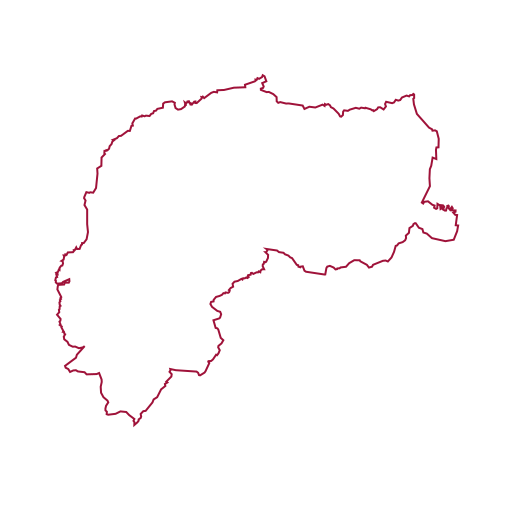 Way Kanan, Lampung, Indonesia (orthographic projection), rotated 11°
{"feature_id": "22746128B8708218473228", "entity_name": "Way Kanan", "entity_type": "district", "adm_level": 2, "iso_a3": "IDN", "parent_name": "Indonesia", "parent_adm1": "Lampung", "projection": "orthographic", "projection_center": [104.536, -4.573], "detail": "fine", "context": "isolated", "style": "outline", "palette": "rose", "viewbox_px": 512, "rotation_deg": 11, "n_neighbors": 0, "source": "geoboundaries", "source_scale": "gbopen_adm2", "svg_char_len": 5973}
<svg xmlns="http://www.w3.org/2000/svg" viewBox="0 0 512 512"><g transform="rotate(11 256 256)"><path d="M168.8,445.1L171.3,441.9L172.2,440.1L172.0,438.8L173.7,437.0L173.9,435.4L172.9,433.1L175.0,429.8L177.2,429.1L182.3,419.5L182.9,416.3L185.9,413.5L188.3,405.0L191.8,400.9L191.0,399.0L193.1,397.1L191.9,396.5L195.9,390.5L195.8,388.1L193.2,386.2L193.9,384.3L193.4,383.3L199.1,383.4L219.7,380.8L221.5,381.7L222.8,383.8L223.9,383.8L227.7,380.3L228.4,378.8L230.6,370.0L229.3,368.9L229.4,368.3L232.0,367.6L233.5,365.7L235.7,360.5L236.7,360.8L237.7,358.8L238.4,355.4L236.3,352.9L236.3,351.4L238.8,348.4L240.0,344.9L237.0,343.1L233.0,335.4L231.9,334.4L230.1,334.3L226.5,327.2L231.8,324.3L232.5,323.3L232.9,319.8L231.5,317.6L228.5,317.3L222.5,314.3L220.4,311.8L220.7,309.6L223.0,308.7L222.8,307.1L224.6,303.8L227.8,302.2L230.0,300.6L231.1,298.7L232.7,298.6L233.0,297.6L235.6,297.5L236.5,296.7L236.8,295.1L235.9,294.6L237.2,292.3L239.4,290.5L238.3,287.7L239.8,285.3L242.9,284.0L246.1,281.2L247.2,281.7L247.6,280.3L249.2,280.1L250.3,279.1L251.8,279.3L252.8,278.1L251.7,277.5L251.9,276.3L254.3,275.4L254.3,273.7L255.2,273.3L256.8,274.1L259.7,271.9L261.1,271.7L261.6,270.6L263.3,271.1L263.3,269.4L264.5,267.9L266.5,267.5L264.5,264.7L264.3,263.0L265.1,262.2L265.1,260.2L266.5,260.3L267.1,259.6L268.1,255.7L267.7,252.6L264.6,250.5L265.2,250.4L266.3,247.8L264.9,247.1L275.6,246.6L277.8,247.8L282.4,247.6L284.1,248.8L287.7,249.4L289.8,250.8L291.8,251.2L297.7,256.9L299.2,257.0L299.7,258.4L301.6,258.6L301.7,258.0L303.9,257.2L306.4,261.2L308.1,261.9L326.9,261.1L327.5,260.9L327.4,254.4L328.0,252.8L330.4,251.6L334.4,252.5L336.6,254.0L338.1,253.4L338.2,252.7L340.4,252.1L341.2,251.1L346.4,249.4L348.8,245.3L353.2,241.4L358.6,240.4L359.4,241.3L366.5,243.5L369.1,245.8L371.9,244.4L372.6,242.3L381.5,236.5L384.1,235.7L386.5,236.2L389.3,231.6L390.7,225.6L391.2,219.4L392.5,218.7L393.6,216.4L397.3,214.4L399.4,212.1L399.9,209.8L399.2,207.4L401.7,204.1L401.3,199.3L404.2,196.5L404.5,194.6L405.8,193.4L406.6,193.4L410.5,197.2L414.2,197.8L415.8,201.0L419.4,201.4L425.3,204.9L439.1,205.3L447.0,202.3L448.7,193.3L448.6,187.5L446.2,187.7L445.6,177.4L443.8,177.6L441.4,175.8L443.4,174.5L443.2,173.2L439.2,173.9L440.0,171.6L438.9,170.4L437.4,173.4L435.9,172.2L435.8,170.3L435.2,169.8L434.2,170.4L434.6,171.9L433.9,172.8L433.9,175.1L432.9,175.4L430.8,174.7L431.3,171.7L429.9,170.6L427.9,170.8L429.7,173.4L428.2,174.7L427.2,171.4L424.2,170.2L424.8,174.6L423.8,175.4L421.6,174.6L421.7,172.4L419.4,172.1L414.4,169.5L410.8,170.7L410.1,172.6L408.6,171.9L413.4,154.3L411.4,146.6L410.1,137.6L410.8,134.0L410.6,125.7L414.5,126.4L412.4,117.4L412.4,115.0L414.4,114.5L413.0,106.1L409.7,99.1L407.8,98.5L405.3,99.3L404.6,98.0L401.4,97.0L386.8,85.8L382.1,77.0L380.4,71.7L381.1,70.7L380.4,67.3L379.5,66.9L378.7,68.2L376.6,68.7L375.9,70.1L373.2,69.8L369.0,72.6L367.8,75.4L366.0,76.3L363.4,76.0L362.2,78.9L360.5,80.0L354.3,79.8L353.7,82.2L355.0,84.4L353.3,87.8L349.5,86.3L347.6,86.8L346.8,88.8L344.0,91.3L343.0,90.5L342.4,90.9L340.6,90.1L335.1,89.6L334.8,90.2L330.9,90.3L329.3,91.7L325.7,91.5L320.2,94.4L318.5,96.0L314.7,96.2L314.0,97.7L314.4,101.1L313.0,103.0L311.9,102.9L310.0,100.6L303.9,96.4L301.1,95.6L299.9,94.0L297.9,93.1L296.0,94.2L294.7,93.7L294.7,95.6L292.5,94.7L285.9,98.9L279.9,99.3L275.5,102.4L273.1,99.4L259.1,100.0L256.4,100.6L250.4,100.3L248.6,101.4L246.8,100.2L245.9,96.1L242.1,93.8L237.3,92.5L235.2,93.1L229.1,92.0L228.8,90.8L230.9,89.6L231.2,88.1L229.1,85.1L232.8,82.5L230.1,78.0L228.1,77.3L227.8,79.2L225.2,81.5L223.5,81.1L223.2,82.7L221.9,82.9L222.4,83.7L221.5,84.8L212.5,90.0L213.3,92.4L202.2,95.0L193.0,99.1L186.4,100.7L186.6,102.8L183.3,102.9L180.9,104.4L175.0,110.9L173.5,109.8L173.3,110.4L172.2,110.4L172.7,111.2L172.4,112.1L168.6,117.2L167.3,117.4L167.0,115.9L165.9,116.3L164.2,119.5L163.6,118.9L162.7,119.7L162.2,119.0L162.9,118.5L161.5,118.2L160.2,116.2L160.4,116.8L159.3,117.4L159.7,118.2L158.2,118.8L158.2,119.6L156.9,118.9L158.1,121.3L157.5,121.5L157.6,122.8L154.4,126.1L151.5,127.2L148.8,126.1L147.1,122.8L147.1,121.1L144.1,120.2L137.3,122.5L135.8,124.1L136.3,128.2L131.1,130.4L130.1,132.4L128.2,133.2L127.8,135.5L126.0,136.5L124.8,138.9L121.2,139.2L120.0,140.1L117.4,139.8L117.2,140.9L115.7,141.0L112.1,144.0L111.1,144.1L109.3,149.4L110.2,151.5L108.9,152.0L108.3,157.3L106.3,157.6L100.6,163.8L98.5,164.4L97.0,166.9L93.5,169.2L94.5,169.5L93.2,171.0L92.8,173.8L91.4,176.1L91.3,178.7L89.9,180.7L88.9,180.6L88.8,181.3L87.2,181.7L87.5,184.1L88.3,184.7L85.6,188.8L87.0,197.0L83.4,200.4L84.7,205.4L86.0,219.8L84.1,224.9L81.1,225.1L80.3,225.8L77.3,225.7L76.2,230.8L76.2,232.0L78.1,234.1L77.9,238.7L81.4,242.6L84.2,257.0L86.5,264.6L86.5,271.9L84.4,276.2L82.8,276.5L83.0,277.9L82.2,278.7L81.5,282.7L79.0,283.3L77.9,281.8L77.0,284.8L76.0,285.0L76.3,285.9L75.6,287.2L70.6,288.4L69.8,291.0L68.6,290.8L68.7,291.8L67.1,292.1L67.8,293.1L67.8,296.2L66.1,297.9L67.2,298.0L68.0,300.2L67.7,302.3L66.7,302.7L65.5,304.9L65.8,307.3L65.0,307.1L64.6,309.5L63.3,310.4L64.4,310.9L64.8,312.0L63.5,312.2L64.8,314.6L63.7,315.3L63.6,318.1L64.3,318.5L64.5,320.1L66.1,321.1L70.6,319.8L71.6,318.2L77.1,314.4L77.7,316.4L77.3,317.9L73.4,318.7L73.1,320.6L67.4,322.1L67.2,323.5L67.4,326.7L72.7,333.5L72.0,334.7L72.8,335.4L71.9,336.7L72.6,337.8L71.9,339.0L72.5,341.0L73.6,342.2L72.9,342.8L73.3,345.7L72.8,346.4L73.6,348.7L71.9,351.6L76.2,355.1L76.3,356.9L75.6,357.9L77.2,360.6L76.6,361.2L78.8,362.3L78.6,363.2L81.3,366.5L81.0,367.3L82.1,367.3L82.8,369.0L83.6,369.3L82.7,371.9L83.7,374.4L87.3,376.2L89.3,378.9L93.4,380.0L95.8,379.4L99.8,380.3L103.4,378.8L105.0,377.2L99.0,387.1L98.7,390.2L89.5,400.3L90.5,402.0L93.3,402.8L95.6,405.3L98.5,403.2L101.0,402.5L103.2,403.3L109.9,402.8L112.3,404.5L122.1,402.3L124.3,400.8L128.0,406.7L128.6,409.1L128.5,414.0L130.0,419.8L133.2,423.7L137.8,426.3L138.9,427.9L137.4,431.6L137.3,434.5L137.7,436.3L139.3,437.3L139.6,439.8L141.2,440.0L148.3,437.7L152.6,434.4L158.4,433.9L161.9,436.4L167.7,439.2L167.2,441.2L168.4,442.4L168.8,445.1Z" fill="none" stroke="#9f1239" stroke-width="2"/></g></svg>